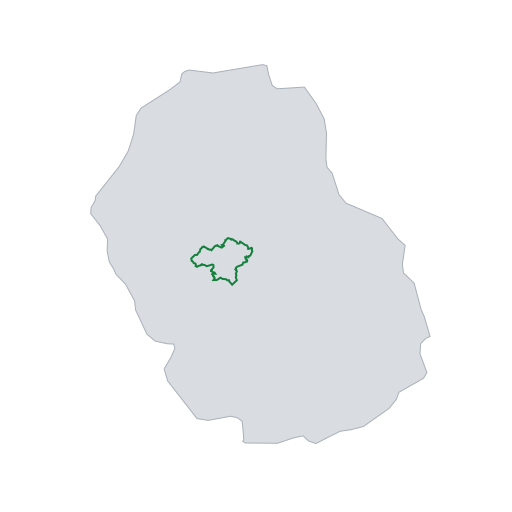 Veles, Veles, North Macedonia (highlighted), rotated 257°
{"feature_id": "65306769B79358437937603", "entity_name": "Veles", "entity_type": "district", "adm_level": 2, "iso_a3": "MKD", "parent_name": "North Macedonia", "parent_adm1": "Veles", "projection": "equal_earth", "projection_center": [21.761, 41.766], "detail": "fine", "context": "in_parent", "style": "outline", "palette": "green", "viewbox_px": 512, "rotation_deg": 257, "n_neighbors": 0, "source": "geoboundaries", "source_scale": "gbopen_adm2", "svg_char_len": 2708}
<svg xmlns="http://www.w3.org/2000/svg" viewBox="0 0 512 512"><g transform="rotate(257 256 256)"><path d="M231.0,126.6L239.5,127.6L258.0,122.5L269.5,115.5L275.4,114.4L283.2,111.7L294.4,112.1L305.8,115.2L320.2,111.1L334.4,104.5L340.1,106.1L346.3,111.8L350.4,113.3L374.1,143.0L387.0,155.1L402.3,164.2L419.8,170.9L426.0,177.3L437.3,209.1L442.7,221.1L450.1,224.7L451.9,228.2L452.2,232.8L444.0,255.2L441.0,305.4L438.9,309.4L430.2,309.1L418.6,310.2L414.2,314.1L409.7,341.1L391.0,348.9L374.1,353.3L359.8,352.3L334.7,345.9L326.5,345.2L319.5,348.8L297.1,350.7L287.3,355.5L264.2,387.2L240.7,398.1L232.8,403.7L214.9,396.7L206.3,395.9L193.9,404.0L166.7,404.8L159.4,406.3L138.4,407.5L137.6,403.1L133.7,396.8L124.0,393.8L104.0,396.3L99.2,391.7L91.1,364.7L84.7,360.4L77.6,351.4L65.7,322.2L65.4,309.4L66.3,298.3L59.8,272.1L64.0,265.5L70.2,261.4L70.3,250.9L68.7,234.9L76.2,203.6L78.3,201.4L80.1,202.9L98.0,205.4L102.6,201.4L105.6,195.2L106.6,172.4L110.9,161.9L154.1,141.8L166.7,141.1L176.4,150.3L184.1,156.2L188.7,156.0L190.4,150.0L195.7,138.6L204.5,132.1L230.7,126.5L231.0,126.6Z" fill="#d9dde1" stroke="#a8b0b8" stroke-width="1"/><path d="M268.2,192.4L265.7,192.2L265.2,193.0L263.0,193.8L262.3,195.3L260.8,195.5L259.7,194.9L258.7,196.2L259.2,197.3L259.4,200.6L259.8,200.5L260.2,201.5L259.3,202.4L259.0,203.6L257.1,205.8L257.5,210.9L257.5,211.6L256.7,212.5L254.3,212.0L252.2,208.9L251.6,208.8L251.5,209.7L250.8,209.6L250.1,210.0L249.2,211.9L247.8,212.4L248.0,211.6L249.0,210.6L248.1,209.2L247.4,209.7L245.9,209.7L245.4,210.5L244.5,210.4L243.8,210.8L242.1,209.1L241.4,212.4L242.9,216.5L241.2,218.3L240.0,221.8L238.8,222.5L238.4,224.3L237.3,224.2L233.4,226.3L236.7,231.9L239.9,231.5L241.6,232.6L243.2,232.3L245.3,233.9L247.4,233.0L247.5,233.7L248.8,233.6L249.8,235.1L250.6,240.9L252.5,242.0L252.3,244.6L252.9,245.4L252.7,246.1L253.6,246.4L254.2,245.8L254.8,246.2L255.6,245.3L257.2,245.2L257.0,246.5L257.5,246.7L257.2,247.0L257.3,248.3L256.8,248.6L257.5,249.0L257.7,250.6L261.5,253.5L262.3,253.2L264.3,253.9L265.0,253.5L264.5,250.5L264.8,249.9L265.3,250.2L266.9,250.1L268.4,249.5L269.2,247.9L273.5,244.0L273.6,243.7L272.3,243.2L271.9,242.2L272.4,240.6L273.0,240.8L273.9,240.3L275.1,239.5L275.9,238.2L277.1,237.6L277.4,236.4L277.9,236.2L277.6,235.6L278.1,235.4L279.7,233.0L279.4,231.8L278.2,230.1L278.2,229.7L277.7,229.8L274.8,226.7L274.3,226.7L274.4,225.2L272.9,225.7L273.7,226.7L273.1,227.1L271.9,224.4L274.0,221.6L275.1,220.9L274.7,220.2L275.1,219.8L275.0,218.4L271.7,214.0L272.3,213.7L272.6,212.0L273.6,211.1L273.7,210.4L274.9,209.6L276.7,207.6L276.5,207.3L277.0,206.8L276.8,205.6L275.7,204.5L275.4,203.5L272.7,202.1L272.6,201.4L270.3,198.8L270.8,196.9L268.2,192.4Z" fill="none" stroke="#15803d" stroke-width="2"/></g></svg>